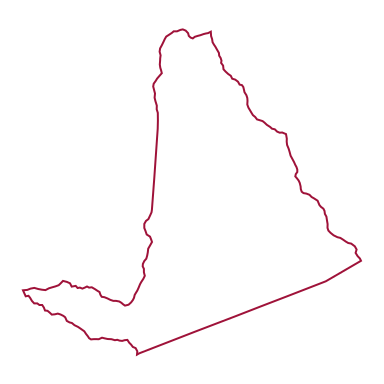 Igaporã, Bahia, Brazil (orthographic projection)
{"feature_id": "56859067B50358984616919", "entity_name": "Igaporã", "entity_type": "district", "adm_level": 2, "iso_a3": "BRA", "parent_name": "Brazil", "parent_adm1": "Bahia", "projection": "orthographic", "projection_center": [-42.745, -13.834], "detail": "fine", "context": "isolated", "style": "outline", "palette": "rose", "viewbox_px": 384, "rotation_deg": 0, "n_neighbors": 0, "source": "geoboundaries", "source_scale": "gbopen_adm2", "svg_char_len": 3207}
<svg xmlns="http://www.w3.org/2000/svg" viewBox="0 0 384 384"><path d="M210.8,31.7L208.1,33.1L205.8,33.5L203.5,34.1L200.4,35.2L197.7,35.9L194.8,36.8L192.8,38.4L190.6,37.6L188.8,35.9L188.1,33.2L185.7,30.6L182.8,29.4L180.4,29.9L177.1,31.3L173.7,31.3L172.0,32.8L169.6,34.4L166.2,36.6L164.7,39.2L163.6,41.6L161.9,45.1L160.1,48.4L159.6,51.7L160.6,55.3L160.2,58.3L160.1,60.8L159.8,64.5L160.3,67.8L161.1,70.3L161.8,73.2L159.6,75.7L157.1,78.6L155.7,80.9L153.7,83.7L153.2,86.5L155.0,93.5L154.6,97.7L155.4,101.0L156.8,105.6L156.7,109.3L157.8,112.8L157.9,120.7L157.7,128.9L154.3,177.8L151.9,209.9L151.5,212.4L150.0,215.7L148.4,219.1L146.0,220.9L144.3,223.9L144.3,228.0L145.4,230.7L146.7,234.5L150.0,236.6L151.2,239.6L152.0,242.0L150.5,244.7L148.2,248.7L147.8,252.3L147.2,255.5L146.3,258.7L144.3,261.0L142.9,263.9L142.7,266.4L143.9,268.8L143.9,272.3L144.8,275.8L143.3,278.9L141.2,282.1L140.0,284.3L138.7,287.5L137.3,290.6L136.0,292.7L134.7,294.9L134.0,297.8L132.9,300.0L131.1,302.4L128.6,304.7L125.0,305.6L123.1,304.3L121.4,302.8L119.3,301.5L116.2,300.9L113.4,300.9L110.4,299.9L107.4,298.4L104.4,297.2L101.7,296.8L100.4,294.7L99.5,292.0L97.6,290.9L94.9,289.1L91.8,287.3L89.1,287.6L87.0,286.5L84.8,287.6L82.4,288.6L79.9,287.6L77.6,288.0L75.7,285.9L71.7,286.6L70.0,283.3L66.9,281.9L63.0,280.9L60.6,283.4L58.7,285.2L55.4,286.4L51.9,287.4L48.9,288.3L45.5,290.1L41.9,289.7L38.2,289.0L34.3,287.9L30.6,288.6L27.3,289.9L23.0,290.3L24.2,293.0L25.7,296.3L28.5,295.8L30.1,297.8L31.9,300.9L34.2,303.4L37.3,303.4L39.4,305.0L42.2,305.0L43.9,307.6L45.0,310.5L47.5,310.8L49.7,312.6L51.8,314.6L54.9,314.3L57.8,313.6L60.6,314.5L63.4,315.9L65.2,317.3L66.8,320.9L69.5,322.4L71.9,323.0L74.5,325.2L78.0,326.9L80.8,328.8L84.3,331.3L86.0,333.9L87.9,336.3L89.1,338.2L91.0,339.4L94.2,339.1L98.8,339.2L102.0,337.7L104.4,338.3L107.6,339.0L111.5,339.2L114.9,340.2L117.3,339.8L119.5,340.6L122.2,340.9L124.6,340.2L127.4,339.9L129.2,342.7L131.2,344.7L132.8,346.9L135.6,348.1L137.3,351.3L137.0,354.6L139.3,353.3L195.5,331.5L235.6,316.2L260.8,306.4L287.1,296.3L325.8,281.3L361.0,260.8L359.9,258.5L357.6,256.1L355.6,252.9L356.6,249.5L354.8,246.3L351.2,243.6L348.2,243.0L345.7,241.5L343.0,239.6L340.3,237.9L337.4,237.2L333.6,235.3L330.5,232.8L328.4,230.6L327.5,227.9L327.6,224.1L327.0,220.5L326.4,216.6L324.9,213.9L324.5,210.9L323.4,208.7L320.9,206.8L319.4,205.0L317.6,200.7L313.9,198.3L311.6,197.0L309.5,194.8L306.4,193.6L303.5,193.1L301.7,191.7L300.8,189.1L300.6,186.4L299.7,182.8L298.6,180.5L297.0,178.4L295.3,176.4L295.8,174.1L297.3,172.0L297.3,169.6L296.5,167.1L295.2,164.7L294.1,162.2L292.4,159.0L290.6,155.7L289.6,151.9L288.6,148.6L287.1,145.0L286.7,141.7L286.8,138.6L286.0,134.1L282.2,132.5L279.7,132.7L277.1,131.6L274.8,129.3L272.0,128.7L270.2,127.0L266.8,124.8L264.6,122.7L262.6,121.1L259.7,120.2L257.0,119.4L255.2,117.0L252.9,115.1L251.3,112.5L249.9,110.1L248.4,107.6L247.3,104.5L247.5,100.8L247.3,98.0L246.4,95.2L244.5,92.2L244.0,89.9L243.3,87.0L241.9,85.1L239.6,84.6L238.0,81.7L235.2,79.6L232.2,78.7L230.8,75.8L228.2,74.0L225.6,71.6L223.5,69.3L223.1,65.6L221.1,62.9L221.5,60.7L220.6,57.9L219.2,55.7L218.9,52.9L217.1,49.8L215.3,46.6L214.0,44.7L212.6,42.3L212.1,39.1L211.1,36.1L210.8,31.7Z" fill="none" stroke="#9f1239" stroke-width="2"/></svg>